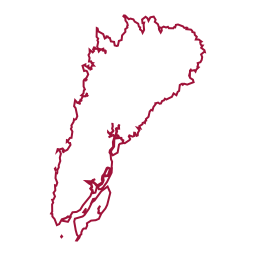 the district of Pathein, Ayeyarwady, Myanmar
{"feature_id": "60261553B36650423786052", "entity_name": "Pathein", "entity_type": "district", "adm_level": 2, "iso_a3": "MMR", "parent_name": "Myanmar", "parent_adm1": "Ayeyarwady", "projection": "orthographic", "projection_center": [94.599, 16.703], "detail": "fine", "context": "isolated", "style": "outline", "palette": "rose", "viewbox_px": 256, "rotation_deg": 0, "n_neighbors": 0, "source": "geoboundaries", "source_scale": "gbopen_adm2", "svg_char_len": 5711}
<svg xmlns="http://www.w3.org/2000/svg" viewBox="0 0 256 256"><path d="M124.0,15.4L123.4,16.2L125.3,18.0L125.5,20.6L127.1,22.7L127.8,25.3L127.1,26.2L127.4,27.5L125.2,29.2L125.4,31.8L122.1,35.4L121.6,40.0L118.9,40.9L117.9,45.6L116.8,46.0L114.7,45.4L114.1,41.9L110.9,41.4L109.8,37.9L108.4,37.7L107.8,36.5L106.5,36.3L106.1,37.7L104.8,38.5L103.2,34.1L98.3,31.4L97.6,28.5L96.8,28.1L96.6,36.8L98.2,38.7L97.4,40.3L98.2,41.9L97.2,46.7L98.0,48.6L101.3,49.4L103.3,48.7L103.6,50.3L105.3,50.5L105.8,51.1L105.4,52.8L106.3,53.5L105.2,52.8L105.3,50.9L102.9,50.6L103.0,49.1L99.8,50.2L98.8,51.5L97.8,48.8L95.1,48.9L94.9,47.6L94.0,47.4L93.1,49.4L94.0,51.0L92.7,52.4L89.6,49.7L89.8,52.9L88.5,55.0L89.6,57.9L89.0,61.5L91.1,61.4L91.4,62.5L92.9,63.0L92.1,63.6L93.8,65.6L92.1,65.5L91.1,67.6L91.6,68.9L90.6,69.4L90.3,66.9L89.9,68.4L89.1,68.7L88.3,68.0L88.3,65.9L86.9,66.8L85.2,65.8L85.3,64.5L82.5,65.8L84.1,71.0L85.7,70.6L87.0,71.3L88.2,74.4L86.5,77.8L84.5,79.5L86.1,79.0L87.1,80.5L86.1,79.3L85.6,80.5L84.1,79.9L83.6,80.9L83.6,86.5L84.9,89.5L83.9,90.3L83.4,93.5L81.4,95.4L84.0,96.3L85.5,96.0L87.1,92.9L86.7,94.6L88.2,96.2L86.6,95.2L85.8,96.3L82.7,96.4L81.1,99.8L81.7,101.3L80.3,100.1L79.8,101.4L77.9,102.8L79.9,103.3L79.8,104.4L79.3,103.2L77.7,103.0L75.1,100.2L74.1,106.2L75.6,108.1L77.3,116.2L76.1,119.1L74.7,119.8L74.0,119.3L73.6,121.8L71.4,125.5L71.8,127.1L70.9,128.9L72.4,131.5L71.5,137.8L70.0,137.9L68.0,140.6L66.9,140.2L66.8,141.9L67.6,141.3L69.3,143.2L70.1,143.1L70.5,144.9L67.4,149.7L65.4,150.8L63.1,150.8L63.8,152.9L62.7,151.1L63.7,149.8L62.6,148.5L59.1,149.5L60.9,153.7L59.8,157.7L60.3,161.0L58.7,165.3L58.8,167.4L57.4,169.9L57.2,173.1L57.9,173.5L55.9,173.1L55.5,178.2L57.3,182.7L56.3,185.6L55.0,185.3L55.3,190.4L53.5,192.9L55.0,196.4L53.4,199.6L52.2,199.8L53.2,202.6L52.1,204.4L52.2,211.7L51.1,213.6L52.3,214.0L52.4,216.5L54.6,219.1L56.9,225.1L59.2,224.1L61.8,219.3L66.0,217.9L67.9,216.4L69.8,216.8L72.5,212.3L76.7,211.9L80.2,209.8L82.9,205.3L90.4,196.1L92.3,191.1L90.2,188.6L91.7,186.6L90.8,184.2L89.5,183.9L85.9,181.1L91.6,181.3L92.8,180.0L95.2,179.2L92.9,180.5L92.9,181.4L97.4,185.3L102.5,182.2L101.8,179.3L102.3,176.1L104.3,173.6L106.7,168.1L107.4,167.6L108.5,167.7L111.5,169.2L112.1,161.6L111.0,159.2L110.6,154.3L109.5,152.5L109.9,150.3L113.2,146.8L112.9,142.0L114.3,137.3L113.9,135.7L113.0,135.4L108.6,137.3L110.7,135.8L111.3,133.1L110.9,133.1L110.4,134.1L109.8,134.2L108.1,132.5L108.1,131.9L110.1,134.1L110.7,133.1L113.1,131.2L112.1,128.5L112.7,126.2L112.3,123.6L112.5,123.1L112.8,126.4L112.2,128.8L113.4,130.6L113.2,131.4L111.9,132.4L110.9,135.6L113.5,135.0L115.7,137.7L118.3,137.1L118.1,136.2L115.7,135.0L116.4,131.4L115.9,128.6L116.7,128.1L118.6,128.5L118.5,125.7L119.5,124.5L118.9,125.9L119.1,128.7L116.2,128.8L117.1,131.2L116.2,134.6L118.3,135.6L119.3,137.8L121.4,137.9L121.7,139.4L123.3,140.3L123.0,142.9L124.8,143.2L129.6,140.0L130.2,139.0L128.8,136.4L129.4,135.4L132.6,136.6L134.0,136.1L134.2,132.7L135.0,132.8L136.4,135.9L137.7,135.4L137.9,132.8L139.4,130.2L137.4,127.7L140.4,128.4L139.3,126.2L142.4,124.3L142.6,123.0L143.9,122.4L144.9,123.0L145.3,120.9L146.2,120.5L145.9,119.1L148.5,116.8L149.7,111.5L151.2,109.8L152.5,110.4L153.4,107.1L155.7,104.0L155.4,103.3L158.1,102.6L159.6,103.7L160.9,103.5L162.1,101.0L163.9,100.4L164.9,98.7L166.3,99.5L171.9,96.8L173.6,93.4L176.4,95.2L177.7,91.9L179.1,90.9L179.8,85.0L182.0,83.8L182.8,84.8L184.0,83.7L187.2,84.6L193.6,82.2L192.9,79.7L190.2,78.0L189.1,75.6L189.4,74.5L189.9,75.0L190.0,70.6L190.8,69.7L191.4,70.7L194.4,70.2L195.5,71.6L196.2,69.7L198.6,67.3L197.4,66.8L198.1,64.6L197.7,63.1L200.4,62.2L201.7,59.9L202.2,57.0L201.1,54.4L204.1,51.9L204.9,52.1L204.4,50.2L201.2,47.8L202.7,45.5L201.4,45.4L200.6,44.2L200.2,42.3L201.5,41.6L198.7,39.5L195.8,39.5L196.8,36.8L194.8,34.9L194.5,32.6L192.3,32.0L192.2,30.8L190.9,29.6L186.6,29.2L187.3,28.0L186.8,27.6L184.3,27.9L183.0,26.4L178.0,24.5L175.9,24.9L175.2,27.3L174.3,27.0L173.3,28.3L168.9,28.2L167.9,26.8L166.0,27.5L163.7,26.6L161.3,28.0L161.8,30.5L160.7,32.5L159.1,29.7L158.9,28.5L159.9,27.4L158.8,27.0L157.9,24.2L154.8,21.8L155.6,19.7L153.7,16.6L150.4,17.3L148.5,20.8L147.5,18.3L145.6,16.8L142.1,19.5L142.5,23.0L144.1,22.7L143.6,24.7L144.1,29.9L142.6,32.8L141.7,30.6L140.0,29.4L140.2,27.4L138.9,26.6L138.2,23.7L134.7,21.6L133.4,19.4L130.5,18.6L128.8,19.2L125.2,15.6L124.0,15.4ZM107.2,204.9L110.3,192.7L107.6,186.5L101.2,191.3L94.6,200.4L91.9,202.4L88.8,208.9L84.5,215.0L82.6,216.5L74.9,218.7L74.2,221.5L75.7,230.1L77.0,234.9L78.6,236.5L76.3,240.5L77.0,240.6L79.3,237.8L80.4,234.8L81.3,234.4L81.4,232.2L82.7,229.4L83.8,228.5L85.9,228.5L87.2,225.5L86.9,223.3L91.1,220.6L95.7,220.2L98.9,218.8L101.1,214.0L98.4,213.2L98.2,212.4L98.8,210.7L98.2,208.6L100.1,205.7L98.5,209.1L98.9,210.8L98.6,212.6L101.3,213.6L105.4,208.5L107.2,204.9ZM119.9,138.0L115.1,138.5L114.3,139.4L114.1,146.6L111.1,150.9L111.1,152.8L112.8,155.3L117.6,152.6L119.0,144.7L120.1,143.7L122.4,143.3L123.0,140.5L121.3,139.4L121.2,138.0L119.9,138.0ZM107.0,182.0L111.6,172.7L111.8,169.6L110.2,171.1L107.9,176.0L103.0,176.6L103.7,180.2L103.2,181.7L102.0,184.0L98.1,186.6L98.8,189.2L100.9,189.1L103.0,187.5L107.0,182.0ZM95.4,192.6L97.0,186.5L94.6,183.5L91.8,181.7L91.4,184.1L92.2,187.0L91.0,189.1L92.5,190.0L93.2,193.1L95.4,192.6ZM108.0,174.9L109.4,170.7L110.7,169.5L107.6,167.9L104.1,174.8L106.9,175.7L108.0,174.9ZM68.5,216.8L61.6,220.0L61.6,220.6L67.9,221.8L70.6,217.2L68.5,216.8ZM91.0,183.8L91.0,181.3L88.1,182.0L90.0,183.8L91.0,183.8ZM94.8,198.7L93.1,199.0L92.0,201.4L93.9,200.2L94.8,198.7ZM84.4,212.7L85.3,210.3L86.1,208.4L83.3,212.3L84.4,212.7ZM57.0,151.5L58.1,150.4L57.9,148.3L57.0,151.5ZM55.4,170.0L55.7,169.3L55.4,168.2L54.9,168.7L55.4,170.0ZM61.5,237.2L62.1,236.5L61.6,235.9L61.1,236.7L61.5,237.2Z" fill="none" stroke="#9f1239" stroke-width="2"/></svg>